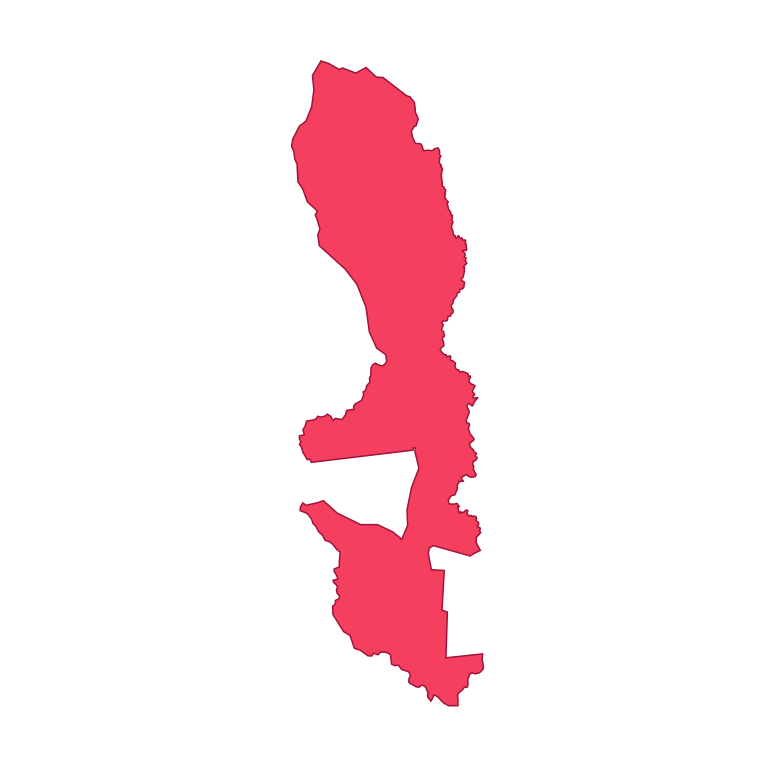 outline of Rodríguez, San José, Uruguay, rotated 353°
{"feature_id": "84410073B80691141354915", "entity_name": "Rodríguez", "entity_type": "district", "adm_level": 2, "iso_a3": "URY", "parent_name": "Uruguay", "parent_adm1": "San José", "projection": "equal_earth", "projection_center": [-56.456, -34.221], "detail": "fine", "context": "isolated", "style": "filled", "palette": "rose", "viewbox_px": 768, "rotation_deg": 353, "n_neighbors": 0, "source": "geoboundaries", "source_scale": "gbopen_adm2", "svg_char_len": 6149}
<svg xmlns="http://www.w3.org/2000/svg" viewBox="0 0 768 768"><g transform="rotate(353 384 384)"><path d="M449.0,663.9L412.1,663.3L419.1,618.1L414.0,615.5L421.1,576.4L408.4,574.1L407.3,557.5L409.0,552.4L413.3,550.4L448.5,565.2L452.5,563.3L459.3,560.9L456.1,552.7L457.0,547.5L461.9,543.2L460.9,541.1L461.6,540.3L461.9,538.7L461.3,537.8L460.1,537.5L459.2,536.7L459.2,536.2L460.9,535.0L460.9,532.9L458.9,531.2L459.1,528.9L459.5,528.6L459.1,526.8L458.2,526.7L457.5,526.0L455.3,526.3L454.9,525.3L454.1,525.0L452.7,525.4L451.8,525.2L450.6,521.7L451.8,520.3L451.2,519.3L449.4,519.4L448.4,520.5L445.8,521.2L444.2,520.0L443.8,521.1L443.1,521.3L443.0,520.4L442.4,519.9L442.5,517.0L442.1,515.6L442.3,515.0L443.7,515.0L443.8,514.6L442.8,513.7L442.7,512.8L442.1,511.5L438.7,511.8L434.2,511.0L433.9,510.2L433.7,506.7L434.8,505.9L436.3,503.8L437.6,503.0L440.8,502.7L443.9,497.2L444.4,495.3L444.2,493.4L446.3,491.1L446.7,489.7L448.1,490.1L450.9,490.1L450.7,489.5L449.8,488.8L449.5,486.0L454.9,484.0L456.6,486.0L459.2,487.2L461.4,487.3L462.2,486.8L463.0,487.1L464.4,485.5L463.8,483.4L462.8,481.5L462.4,478.0L463.2,476.6L462.5,475.5L462.3,474.0L463.3,471.5L464.8,471.5L466.8,469.8L467.5,468.3L466.6,467.9L465.8,466.3L467.4,464.3L464.8,461.8L464.8,460.3L462.4,457.8L461.4,453.9L464.4,451.6L465.6,451.2L466.6,450.0L466.4,448.8L463.0,443.2L463.1,441.3L462.8,440.2L462.0,439.4L464.1,434.4L463.0,433.0L461.5,432.9L461.1,430.7L462.2,428.1L464.9,423.2L465.1,421.0L463.6,416.7L463.6,416.0L464.3,414.4L466.0,413.6L467.9,415.8L468.8,416.5L469.5,416.3L470.4,414.4L472.3,411.7L473.7,410.8L475.3,409.2L474.7,408.7L471.2,409.1L470.5,408.1L470.8,406.8L472.3,406.0L472.8,405.3L472.4,404.4L471.1,403.3L470.9,402.1L471.1,401.3L474.2,396.9L472.2,395.3L470.7,394.9L470.0,393.6L468.9,392.8L468.7,391.3L469.3,389.7L470.6,388.2L470.6,386.9L470.3,386.4L469.0,386.7L468.5,386.4L468.6,383.8L463.9,381.3L461.1,381.1L460.5,380.7L460.0,379.4L457.5,378.2L456.6,375.3L457.4,371.9L454.9,369.2L453.6,368.9L452.7,367.8L453.6,365.2L453.5,364.7L452.7,363.9L450.7,364.7L449.7,364.3L449.3,362.6L447.3,362.1L445.4,359.6L443.9,356.7L444.4,355.7L448.1,353.3L448.2,349.4L447.3,346.3L448.1,344.9L449.5,344.2L450.0,342.8L449.4,341.5L449.7,339.6L448.0,338.0L447.7,337.1L450.0,332.4L448.9,330.6L449.2,329.2L450.3,328.7L454.1,328.9L455.0,327.9L455.2,325.9L455.9,324.8L458.3,324.6L459.4,322.7L461.2,321.5L461.7,319.2L461.3,318.2L460.3,317.6L460.6,316.9L460.1,315.0L460.5,313.6L461.6,313.0L462.2,312.1L463.5,308.6L466.7,305.6L467.8,302.8L470.3,301.9L470.6,300.7L470.5,299.7L471.5,299.1L473.5,299.2L475.3,297.2L475.6,294.9L476.3,293.7L476.3,292.9L475.7,292.1L473.3,290.6L473.3,290.2L474.0,288.8L475.0,288.2L475.7,287.2L477.6,281.9L477.6,280.4L478.2,278.5L477.4,277.6L477.4,277.0L480.9,274.3L479.8,271.9L480.7,268.8L479.1,267.8L480.3,266.0L480.1,264.0L479.2,262.6L478.2,262.1L478.1,261.5L479.2,260.8L481.8,261.6L482.5,260.6L482.4,256.4L482.7,255.2L481.7,254.2L482.5,251.5L482.1,250.9L480.1,250.9L479.0,248.5L477.4,249.0L476.1,246.0L475.3,246.0L474.4,247.6L473.2,247.8L472.8,247.2L472.7,245.7L471.0,243.9L471.1,241.0L470.0,236.8L470.7,234.9L470.6,233.4L472.0,232.5L472.1,231.1L471.3,229.7L472.5,224.9L470.8,223.8L471.1,221.4L469.3,218.2L469.1,214.6L468.4,212.6L468.8,212.0L469.8,211.6L469.9,211.2L468.0,208.3L467.0,205.1L468.2,203.1L467.5,201.7L468.5,200.9L468.8,198.7L467.6,197.5L467.5,195.9L466.0,194.5L466.1,192.3L466.5,191.3L466.1,187.1L466.5,185.8L465.9,184.5L466.9,182.5L466.8,181.1L467.6,179.9L468.2,178.0L467.7,175.9L466.8,175.2L467.5,173.8L466.2,172.0L465.7,170.2L465.7,169.7L466.7,168.4L466.5,166.5L467.4,166.1L468.2,164.1L467.3,163.6L466.9,162.4L467.5,161.0L467.5,159.5L467.0,157.3L466.4,156.2L462.8,156.7L460.6,158.1L459.2,158.2L457.6,157.5L451.6,157.2L450.9,153.9L451.1,153.3L450.2,150.7L448.9,149.8L444.5,149.1L442.4,142.5L442.0,136.4L445.3,132.1L447.4,131.6L450.3,125.1L448.2,118.0L448.5,115.2L448.5,108.3L444.8,102.1L441.3,100.5L420.4,79.7L413.8,78.5L404.8,67.7L393.8,72.0L381.5,65.3L378.0,66.4L367.9,59.0L360.8,55.7L350.6,69.1L350.2,83.6L346.0,100.0L338.5,113.6L331.5,117.7L323.3,129.8L321.2,137.0L322.9,142.2L322.8,149.4L324.5,155.2L323.2,172.8L327.2,180.7L330.2,194.0L338.9,204.0L336.3,208.2L337.6,211.8L339.3,222.5L336.5,227.6L336.6,238.8L359.4,265.1L369.4,282.0L375.5,305.6L375.8,330.5L381.1,347.5L389.4,355.2L389.4,362.1L386.8,364.8L384.5,365.8L381.3,364.7L377.8,362.3L375.1,363.6L373.1,366.3L371.9,374.2L370.4,376.0L370.1,380.6L366.7,383.4L365.1,388.0L362.4,389.3L362.4,392.6L359.6,397.6L352.6,400.5L351.1,402.4L351.0,406.0L349.8,405.4L343.7,405.7L342.0,410.0L337.9,414.2L331.6,412.2L329.3,414.0L328.3,412.5L327.3,409.7L324.2,407.0L321.4,408.7L317.8,409.2L314.3,408.0L312.3,410.4L309.4,411.1L302.6,411.3L300.5,416.4L297.9,419.7L298.8,424.7L293.8,425.1L293.3,427.8L294.4,431.1L292.7,433.8L294.5,436.9L295.1,441.8L298.6,449.6L301.5,449.9L302.3,452.9L404.7,453.2L405.5,450.9L407.2,451.3L406.5,455.2L408.4,471.8L398.6,490.3L391.5,511.7L390.2,527.4L382.7,540.3L374.6,531.8L360.4,522.8L343.7,520.7L321.8,506.4L309.6,492.4L303.7,493.7L291.8,494.9L289.0,492.1L285.9,496.1L285.3,499.5L291.2,502.6L293.1,504.8L295.5,509.0L296.6,513.9L299.0,517.0L301.2,522.8L304.5,526.6L306.5,532.0L310.7,533.9L313.8,537.1L317.0,542.6L320.0,545.4L317.8,555.7L317.4,560.1L312.0,561.5L311.7,564.0L313.2,567.1L314.6,571.4L312.9,572.2L309.5,572.7L309.9,574.8L312.0,577.3L313.2,580.0L311.7,582.4L312.0,586.0L314.0,589.3L312.8,591.9L309.3,592.9L309.0,596.2L306.0,598.3L305.2,606.5L313.7,624.8L319.7,629.6L322.4,642.8L327.8,645.2L334.9,651.8L338.7,652.5L340.9,650.0L345.1,652.0L348.0,649.6L353.9,650.8L357.4,653.3L357.4,663.0L360.1,664.8L364.0,664.8L366.7,669.5L373.0,672.4L374.7,675.2L374.2,677.5L372.8,679.7L372.3,682.4L372.9,684.0L379.1,688.5L381.8,689.2L385.1,687.4L387.5,689.0L388.7,691.0L390.1,696.1L389.3,697.7L389.4,700.3L391.9,704.4L393.6,702.3L395.6,698.7L398.7,700.5L403.9,707.5L408.8,711.2L418.3,712.3L418.4,709.9L418.9,707.3L419.0,703.7L419.5,700.9L420.6,699.7L424.6,697.1L426.8,694.9L427.4,694.6L429.1,695.2L430.0,694.7L430.5,693.3L431.4,686.8L433.8,682.7L435.8,681.4L439.3,682.8L442.5,682.5L444.8,681.5L447.4,679.2L448.2,677.0L447.9,668.8L449.0,663.9Z" fill="#f43f5e" stroke="#9f1239" stroke-width="1.5"/></g></svg>